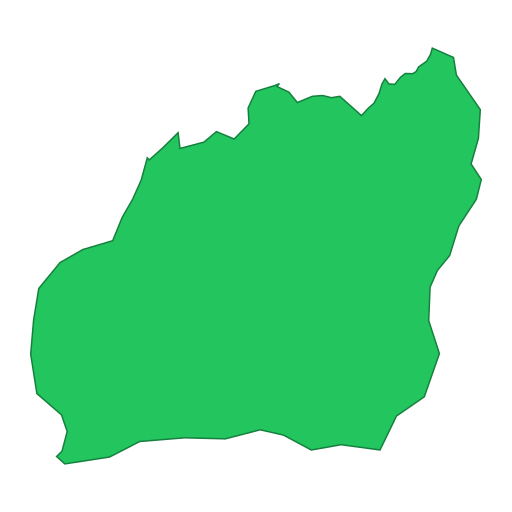 outline of Gerovasa, Limassol, Cyprus
{"feature_id": "46923920B72071673146267", "entity_name": "Gerovasa", "entity_type": "district", "adm_level": 2, "iso_a3": "CYP", "parent_name": "Cyprus", "parent_adm1": "Limassol", "projection": "equal_earth", "projection_center": [32.737, 34.814], "detail": "fine", "context": "isolated", "style": "filled", "palette": "green", "viewbox_px": 512, "rotation_deg": 0, "n_neighbors": 0, "source": "geoboundaries", "source_scale": "gbopen_adm2", "svg_char_len": 1055}
<svg xmlns="http://www.w3.org/2000/svg" viewBox="0 0 512 512"><path d="M279.4,83.6L274.9,85.5L255.8,91.3L248.1,108.0L249.0,123.8L234.2,139.0L216.4,131.6L204.0,142.1L180.0,148.4L178.1,132.7L162.7,147.9L149.3,159.9L147.3,157.8L141.2,180.1L132.6,199.3L122.2,217.4L112.7,240.7L82.9,249.5L60.1,262.5L38.8,288.4L33.6,320.0L30.7,354.2L36.9,393.6L50.2,405.1L61.5,414.9L67.2,431.5L62.0,451.2L56.6,456.5L64.8,463.9L109.6,457.0L139.8,441.5L171.2,438.9L184.7,437.8L223.6,438.8L225.1,438.9L260.2,429.8L283.5,435.1L311.3,450.0L341.0,444.7L380.0,450.0L396.5,416.0L424.3,396.8L439.4,353.6L428.7,320.6L430.1,287.1L437.4,270.5L449.6,255.6L458.9,225.8L476.4,199.2L481.3,179.5L471.1,164.0L478.4,138.5L480.3,109.7L480.0,109.2L456.4,75.1L453.5,57.5L432.3,48.1L430.6,54.2L426.7,61.2L418.7,66.8L416.1,71.6L412.6,73.7L405.2,73.5L400.2,77.6L394.9,84.3L388.9,83.9L385.0,78.7L382.0,83.9L379.0,93.6L373.9,103.3L368.8,107.7L361.5,115.6L339.8,96.3L331.5,97.7L322.7,95.5L312.4,96.3L297.3,102.5L289.0,92.2L276.9,86.5L279.4,83.6Z" fill="#22c55e" stroke="#15803d" stroke-width="1.5"/></svg>